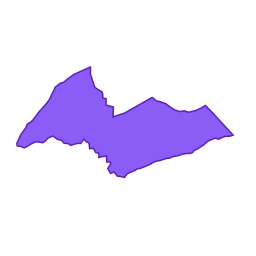 the district of Itaguajé, Paraná, Brazil, rotated 285°
{"feature_id": "56859067B84192248470394", "entity_name": "Itaguajé", "entity_type": "district", "adm_level": 2, "iso_a3": "BRA", "parent_name": "Brazil", "parent_adm1": "Paraná", "projection": "albers", "projection_center": [-51.978, -22.666], "detail": "fine", "context": "isolated", "style": "filled", "palette": "violet", "viewbox_px": 256, "rotation_deg": 285, "n_neighbors": 0, "source": "geoboundaries", "source_scale": "gbopen_adm2", "svg_char_len": 1466}
<svg xmlns="http://www.w3.org/2000/svg" viewBox="0 0 256 256"><g transform="rotate(285 128 128)"><path d="M82.0,25.5L82.5,29.1L81.9,32.8L84.1,35.4L87.5,38.5L90.6,42.3L91.5,45.7L91.6,49.3L93.4,51.0L97.9,53.7L100.8,57.6L98.9,62.7L98.7,67.5L96.7,70.2L97.5,74.4L96.4,77.2L98.9,81.0L100.0,83.3L100.8,86.3L102.9,87.1L105.9,88.5L104.1,91.0L103.3,94.3L98.1,96.3L99.4,99.9L95.9,103.2L96.2,106.1L94.2,107.1L92.0,107.3L95.4,114.4L89.6,116.4L90.7,119.6L88.6,120.5L83.6,118.9L79.6,122.9L81.9,125.9L78.8,130.1L79.3,134.4L79.4,137.4L83.4,139.0L85.2,140.9L89.0,145.9L90.9,147.4L92.0,150.0L95.4,154.7L98.8,159.0L100.5,160.5L103.2,163.7L104.6,166.9L106.4,169.7L108.6,173.0L109.6,175.8L112.2,179.1L114.3,183.8L116.9,187.4L118.4,190.8L119.5,194.6L121.1,196.8L123.7,197.9L125.2,199.9L128.5,202.9L131.3,205.5L136.0,208.6L140.6,214.4L140.8,218.7L142.9,221.0L145.1,224.0L146.3,228.2L148.3,231.4L165.3,204.5L169.8,197.0L166.5,193.8L162.3,188.8L158.9,182.4L159.2,177.9L157.3,173.9L157.6,168.3L159.3,163.0L161.2,158.4L161.7,151.9L161.5,148.6L163.8,143.4L141.6,120.9L134.9,110.8L144.5,108.4L144.5,100.8L150.6,99.3L150.6,95.8L154.2,94.8L156.2,93.6L157.8,87.7L159.1,85.0L163.8,82.1L170.4,77.7L172.7,77.2L177.2,75.9L172.0,69.5L166.4,62.6L163.5,60.1L159.7,56.9L155.8,54.3L153.2,50.6L148.6,47.2L143.6,46.3L139.8,45.4L137.2,45.2L133.2,44.1L126.8,41.1L120.9,38.0L110.3,33.7L108.2,32.1L105.5,29.6L102.5,29.5L94.2,26.3L84.5,24.6L82.0,25.5Z" fill="#8b5cf6" stroke="#5b21b6" stroke-width="1.5"/></g></svg>